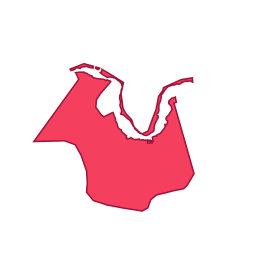 Zemam Out, Al Bahr al Ahmar, Egypt, rotated 127°
{"feature_id": "37247803B70962807620148", "entity_name": "Zemam Out", "entity_type": "district", "adm_level": 2, "iso_a3": "EGY", "parent_name": "Egypt", "parent_adm1": "Al Bahr al Ahmar", "projection": "orthographic", "projection_center": [32.567, 25.936], "detail": "fine", "context": "isolated", "style": "filled", "palette": "rose", "viewbox_px": 256, "rotation_deg": 127, "n_neighbors": 0, "source": "geoboundaries", "source_scale": "gbopen_adm2", "svg_char_len": 5832}
<svg xmlns="http://www.w3.org/2000/svg" viewBox="0 0 256 256"><g transform="rotate(127 128 128)"><path d="M106.1,98.7L110.1,99.0L110.9,99.0L111.4,98.9L112.8,99.0L116.0,100.7L116.9,100.4L117.2,100.1L117.5,100.2L117.6,100.3L117.3,100.9L117.7,101.1L117.5,101.3L117.7,101.2L120.2,102.9L120.9,102.9L121.0,102.7L121.9,101.6L122.6,101.1L123.2,100.2L123.4,100.2L123.9,100.8L124.0,102.3L124.2,102.5L124.5,103.1L125.3,103.3L125.3,104.2L125.7,105.2L125.9,105.4L126.5,105.7L126.9,106.2L127.0,106.7L127.6,107.0L127.8,107.2L127.9,107.9L128.6,109.3L129.1,109.7L129.4,110.0L130.1,110.8L130.4,111.6L130.2,112.0L130.1,112.4L130.4,112.5L130.6,112.8L131.1,113.4L132.0,114.4L133.0,115.4L133.3,115.8L133.5,116.3L133.7,117.5L133.9,120.0L135.4,120.5L136.1,120.9L136.9,121.5L137.3,122.4L137.4,123.1L137.0,123.3L136.4,123.2L136.3,123.7L135.6,124.3L134.9,124.7L135.1,124.9L135.3,125.3L135.2,126.2L134.9,127.8L134.9,128.2L135.0,128.8L135.0,129.4L134.7,130.8L134.5,131.3L133.5,132.5L133.6,132.8L133.8,133.4L134.0,134.4L134.0,134.8L133.7,136.0L132.9,137.2L131.9,138.4L130.6,140.1L130.4,140.7L129.8,142.3L129.0,142.8L128.6,143.2L128.0,143.9L127.6,144.5L126.8,146.0L126.2,147.0L125.4,147.9L124.6,149.4L126.0,150.2L133.6,154.0L133.5,157.5L130.8,166.2L124.4,170.2L117.1,170.7L101.4,169.6L101.2,169.8L101.2,170.6L101.6,171.5L102.0,173.0L102.1,173.4L102.3,173.8L103.0,173.8L103.4,174.0L103.5,174.4L103.3,175.1L103.8,176.6L104.1,177.4L104.5,178.1L105.1,178.8L105.1,179.1L105.4,179.6L105.9,180.2L106.2,180.6L106.3,181.1L107.3,182.8L107.5,183.3L108.0,184.6L108.6,185.3L108.7,185.6L108.7,185.8L108.4,186.8L108.4,187.2L108.1,188.2L108.2,188.5L108.7,188.9L108.9,189.5L108.8,190.6L109.2,192.1L109.2,192.8L109.1,193.6L109.4,194.6L109.5,194.9L110.3,195.8L110.1,196.3L109.8,196.8L110.3,197.4L110.9,198.0L111.4,198.6L111.5,199.0L111.9,199.4L112.8,200.6L112.9,200.8L113.6,201.4L114.0,201.7L114.5,202.3L114.6,202.6L115.4,203.2L115.5,202.7L118.8,196.6L195.5,195.1L176.4,171.0L173.1,160.1L178.1,148.9L187.3,135.2L196.4,127.4L204.2,122.5L206.8,112.1L202.0,98.2L194.5,83.1L189.4,73.6L185.9,66.8L179.9,64.1L171.4,66.7L164.2,64.9L157.3,59.1L150.8,54.0L143.0,47.0L138.7,46.3L130.7,47.0L124.7,47.8L80.5,106.2L78.4,104.9L74.8,108.8L77.0,110.2L77.9,111.1L79.4,111.2L81.4,111.6L82.0,111.5L83.1,110.9L83.7,110.4L83.9,110.1L84.1,109.8L84.3,107.5L84.7,106.9L84.6,106.7L84.8,106.1L86.1,105.2L86.4,104.3L87.0,104.0L87.4,103.9L89.6,103.7L91.6,103.6L92.9,103.3L94.0,103.5L94.7,103.6L95.6,103.8L96.1,103.9L96.5,103.8L97.4,103.4L97.8,103.2L98.5,102.4L98.7,101.0L98.8,100.5L99.2,100.1L100.0,99.9L100.5,99.5L101.0,99.4L101.3,99.2L101.7,99.1L102.2,99.2L102.3,99.3L102.7,100.6L102.8,100.7L103.1,100.7L103.7,99.9L103.9,99.5L104.5,99.4L105.3,98.9L105.6,98.8L106.1,98.7ZM128.2,103.3L126.4,104.8L125.5,102.0L124.4,100.2L125.3,99.6L128.2,103.3ZM52.3,104.0L49.2,106.8L57.3,114.6L74.4,124.0L77.1,122.8L84.4,122.6L96.1,116.8L106.3,113.9L118.4,110.1L124.0,113.1L124.2,114.1L124.6,115.1L123.7,122.6L123.5,122.9L123.5,124.0L119.2,130.0L117.8,138.3L115.4,143.7L104.8,154.2L94.4,159.0L95.3,170.3L96.8,184.1L97.4,183.5L98.0,183.4L98.5,183.3L99.2,183.0L99.7,183.2L100.6,183.5L100.4,182.3L100.7,181.3L100.4,178.8L100.2,177.7L100.3,176.7L100.1,175.3L99.3,174.3L98.4,173.5L97.9,172.5L97.5,171.8L96.3,169.1L95.8,168.3L95.6,168.0L95.9,167.5L96.0,167.2L96.0,166.0L96.1,164.3L95.9,164.0L95.5,163.7L95.7,163.4L95.9,163.3L95.9,163.0L96.0,162.8L95.8,162.1L96.3,161.5L96.4,161.1L96.4,160.6L96.1,159.6L96.2,159.4L97.3,159.2L97.5,159.0L97.8,158.2L98.1,157.7L98.3,157.6L99.0,157.1L100.6,156.6L102.0,156.2L102.7,155.6L104.9,154.6L107.0,154.1L107.8,153.6L109.9,152.2L110.2,151.7L110.2,151.3L110.4,150.9L110.6,150.7L111.3,150.4L111.3,150.2L111.2,149.9L112.4,149.3L113.4,148.8L114.2,148.5L115.6,147.2L116.1,146.0L118.0,143.6L118.3,143.3L119.6,142.8L120.3,142.5L120.5,142.5L121.1,142.2L121.3,141.9L120.7,140.5L120.3,139.2L120.3,138.9L120.7,134.5L120.9,134.2L120.7,132.7L120.8,131.6L120.9,130.8L122.1,127.4L122.8,126.2L123.5,124.7L123.6,123.7L123.5,123.2L124.0,122.8L124.3,122.5L124.7,121.5L124.6,120.9L124.7,120.4L124.8,119.3L124.9,118.7L125.1,117.0L125.1,115.6L125.0,115.0L124.8,114.7L124.3,113.0L124.1,111.1L123.8,110.4L123.1,109.0L123.0,108.9L122.4,108.4L121.5,107.9L118.7,106.9L117.4,106.5L116.6,106.0L115.6,105.8L115.2,105.8L114.6,105.6L111.6,107.6L109.7,108.4L108.6,108.9L106.6,109.4L104.8,109.7L104.0,109.9L103.0,109.9L101.4,110.2L100.9,110.5L100.4,111.0L100.4,112.4L100.1,113.2L99.7,113.4L99.4,113.5L99.1,113.5L98.3,113.1L98.0,113.0L97.1,113.1L96.1,113.6L94.9,114.1L93.9,115.1L92.8,115.8L91.6,116.7L90.7,117.3L90.0,117.6L89.2,117.6L88.1,118.1L87.3,118.2L86.4,118.5L85.4,119.0L84.2,119.7L83.2,120.0L82.5,120.6L81.7,121.2L81.3,121.4L80.5,121.4L80.1,121.0L79.7,120.9L79.4,121.3L79.6,121.8L78.6,122.1L78.3,121.8L78.1,121.4L78.0,121.2L77.8,121.2L77.3,121.2L76.2,121.4L75.7,121.4L74.2,121.2L72.9,121.2L70.8,120.9L68.1,119.1L67.7,118.8L67.5,118.5L67.2,118.5L66.6,118.8L66.3,118.7L66.1,118.5L66.3,117.4L65.4,116.6L65.1,116.4L64.5,116.0L63.6,115.7L63.4,115.6L63.1,114.8L62.5,113.8L62.3,113.6L61.2,112.9L60.9,112.8L60.7,112.6L59.9,112.4L59.7,112.5L59.3,112.6L58.9,112.5L58.9,112.3L58.9,112.0L58.5,111.8L57.8,111.6L57.3,111.2L56.8,110.9L55.7,109.6L55.0,108.7L54.6,108.3L54.2,108.0L53.4,107.3L52.9,106.3L52.6,104.7L52.5,104.8L52.4,104.5L52.3,104.0ZM115.8,209.7L116.5,208.2L115.6,207.4L115.1,207.2L114.8,206.8L114.4,206.6L113.7,205.9L113.0,205.8L111.8,205.8L110.9,205.2L110.5,204.6L110.1,204.1L109.8,203.6L109.3,202.1L109.0,202.2L107.4,201.7L106.4,200.8L105.5,200.0L105.4,199.6L104.6,198.9L103.7,198.3L103.5,198.1L103.5,197.3L103.3,196.7L103.2,196.3L102.6,194.8L102.3,194.0L101.9,193.4L101.4,192.8L101.2,192.6L101.3,192.0L100.2,192.5L99.5,192.7L103.1,201.8L115.8,209.7ZM98.8,190.8L98.8,190.5L98.9,190.4L99.9,189.7L99.4,187.1L99.0,186.7L98.7,186.6L97.7,186.9L97.0,186.2L98.8,190.8Z" fill="#f43f5e" stroke="#9f1239" stroke-width="1.5"/></g></svg>